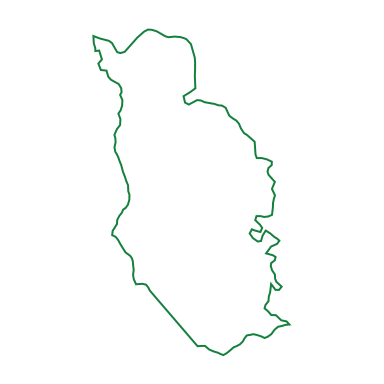 outline of Santa Mariana, Paraná, Brazil, rotated 357°
{"feature_id": "56859067B10237874887501", "entity_name": "Santa Mariana", "entity_type": "district", "adm_level": 2, "iso_a3": "BRA", "parent_name": "Brazil", "parent_adm1": "Paraná", "projection": "natural_earth1", "projection_center": [-50.532, -23.056], "detail": "fine", "context": "isolated", "style": "outline", "palette": "green", "viewbox_px": 384, "rotation_deg": 357, "n_neighbors": 0, "source": "geoboundaries", "source_scale": "gbopen_adm2", "svg_char_len": 2570}
<svg xmlns="http://www.w3.org/2000/svg" viewBox="0 0 384 384"><g transform="rotate(357 192 192)"><path d="M156.5,27.5L152.6,29.3L145.5,34.9L142.6,37.9L132.0,48.6L127.7,49.5L124.6,48.4L119.9,39.1L117.0,36.7L108.4,34.0L101.7,31.1L101.7,38.4L102.9,43.0L102.9,46.2L106.7,45.9L109.0,54.9L105.2,58.8L107.4,65.4L113.0,66.3L114.4,72.5L116.9,75.6L120.0,77.6L124.3,80.2L126.7,84.5L126.9,88.7L125.3,91.2L127.3,96.6L126.7,102.2L125.0,106.7L122.6,109.8L124.3,115.5L123.7,121.4L120.3,125.3L117.5,130.9L118.3,134.5L118.3,138.3L116.9,143.4L117.5,147.8L119.0,150.5L120.2,153.5L121.0,156.4L122.7,161.4L123.5,165.2L124.2,168.5L125.6,172.6L126.9,177.4L128.5,182.0L128.4,188.0L129.4,191.6L129.0,196.5L127.3,201.4L124.9,204.4L122.3,206.0L120.8,209.1L118.2,212.0L115.9,215.9L115.4,220.0L112.5,224.2L110.8,226.5L110.0,230.9L113.4,232.8L115.8,236.2L117.5,239.8L120.3,245.0L122.5,248.9L124.9,250.8L127.1,252.7L128.7,255.5L129.3,258.5L129.4,262.3L129.7,266.7L128.8,271.7L129.3,276.1L131.3,281.2L137.8,281.1L141.3,282.2L143.3,285.0L144.6,288.1L189.5,346.3L193.0,346.2L197.0,346.4L200.9,350.2L205.4,352.4L209.4,353.8L211.7,355.1L214.7,356.5L218.0,354.9L221.5,352.4L225.4,349.3L228.1,348.4L231.8,346.7L235.0,343.9L236.6,341.1L239.2,338.1L242.9,337.7L245.8,337.2L249.1,338.1L253.4,339.7L256.9,341.6L260.2,340.4L263.8,338.1L267.1,334.0L270.8,331.1L275.3,330.4L278.1,329.6L282.3,329.4L279.7,326.2L274.4,324.8L269.3,319.4L264.7,319.0L261.7,315.1L258.4,312.0L259.5,308.6L262.6,305.1L263.3,300.2L264.7,296.6L266.2,288.1L270.3,294.1L273.8,294.3L276.6,291.2L271.6,286.2L270.5,283.1L270.5,278.8L267.8,274.2L266.8,270.2L267.3,267.2L271.1,264.5L272.1,261.3L269.5,259.4L262.8,257.2L268.1,250.6L274.2,248.3L276.7,245.2L274.4,242.9L272.0,241.3L267.8,237.3L263.6,234.4L260.3,239.1L258.4,244.5L255.1,244.9L250.5,241.3L247.4,236.5L249.8,232.4L252.9,233.8L258.2,235.5L260.2,231.5L258.0,228.0L253.7,223.4L255.1,219.5L259.4,219.7L262.7,220.7L267.0,220.4L270.7,219.0L272.0,211.4L272.3,207.5L273.3,203.5L274.7,199.7L272.0,193.1L275.3,186.2L272.9,183.3L269.4,178.9L268.5,175.7L269.6,172.0L273.0,169.3L273.3,165.9L268.4,163.3L263.6,161.8L258.5,161.5L257.4,158.0L257.2,145.1L250.0,138.0L247.0,135.9L244.1,130.9L242.5,126.3L239.9,122.9L237.2,121.1L233.3,117.9L230.0,109.6L226.3,107.2L223.2,106.9L218.9,105.2L209.3,103.0L205.7,101.1L201.9,100.5L198.7,102.0L193.4,104.5L189.7,102.3L188.6,95.9L195.7,92.0L200.8,88.6L200.9,76.1L201.5,69.8L201.9,62.6L201.8,58.0L198.7,44.3L194.4,39.1L192.0,37.9L188.2,36.6L182.8,35.9L176.7,36.2L173.7,35.2L165.0,29.6L160.3,27.9L156.5,27.5Z" fill="none" stroke="#15803d" stroke-width="2"/></g></svg>